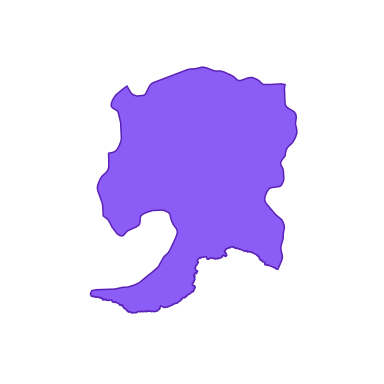 Azua de Compostela, Azua, Dominican Republic, rotated 24°
{"feature_id": "3306468B66909438647260", "entity_name": "Azua de Compostela", "entity_type": "district", "adm_level": 2, "iso_a3": "DOM", "parent_name": "Dominican Republic", "parent_adm1": "Azua", "projection": "orthographic", "projection_center": [-70.724, 18.457], "detail": "fine", "context": "isolated", "style": "filled", "palette": "violet", "viewbox_px": 384, "rotation_deg": 24, "n_neighbors": 0, "source": "geoboundaries", "source_scale": "gbopen_adm2", "svg_char_len": 6120}
<svg xmlns="http://www.w3.org/2000/svg" viewBox="0 0 384 384"><g transform="rotate(24 192 192)"><path d="M301.9,227.7L301.8,218.5L301.3,215.3L300.2,213.0L297.1,209.1L295.9,206.9L295.2,204.6L294.2,197.3L292.4,193.2L290.9,187.0L289.6,184.8L287.2,182.3L285.2,180.8L277.5,178.6L264.4,172.3L262.6,170.9L261.3,169.0L260.6,166.5L260.4,163.8L260.5,160.3L261.0,157.9L262.3,156.0L269.9,151.3L270.9,149.4L271.1,147.0L271.0,144.6L270.4,142.2L267.2,136.1L265.5,133.7L261.8,130.7L261.0,128.7L261.1,125.7L262.4,121.4L261.2,116.8L261.0,113.7L261.5,111.3L263.3,107.3L264.0,104.8L264.3,100.3L263.9,95.9L262.5,92.7L258.6,87.3L256.9,81.3L255.2,78.7L252.6,77.1L246.3,76.4L244.0,75.8L242.7,75.1L241.1,73.5L234.3,59.8L233.3,56.0L229.4,57.0L219.3,62.2L213.7,64.6L212.2,64.7L208.1,63.1L205.5,62.7L201.9,62.7L199.3,63.3L196.7,65.0L191.3,70.2L189.3,71.2L188.0,71.3L184.2,70.0L181.8,69.5L172.5,69.3L168.4,70.0L165.1,71.6L162.8,72.3L154.5,72.7L150.6,73.7L144.5,78.3L140.3,80.4L137.6,82.5L112.4,107.6L110.9,109.6L110.3,111.2L110.0,113.6L109.7,120.9L109.3,122.3L108.4,123.4L102.8,126.7L98.8,127.1L95.7,126.2L89.5,121.7L86.7,126.6L83.0,134.2L82.2,138.5L82.1,141.2L82.3,143.7L83.0,145.9L84.1,147.0L85.4,147.5L90.4,148.2L91.6,148.8L92.6,149.8L98.5,157.5L105.8,172.0L106.4,174.6L106.6,178.2L106.5,181.8L106.0,184.4L105.3,186.0L103.7,187.9L100.0,190.5L105.5,202.2L106.2,205.3L105.9,208.5L103.7,213.2L103.1,215.6L102.8,218.1L103.0,223.9L104.0,227.1L105.5,229.2L115.1,239.3L119.5,247.6L120.5,249.9L125.1,251.0L127.4,251.9L133.4,256.7L140.8,260.7L143.9,261.1L146.0,260.6L147.3,259.0L148.2,255.5L149.2,253.4L155.3,246.6L156.9,243.9L157.1,242.4L156.9,240.9L155.3,237.1L155.0,235.6L155.2,234.1L156.3,231.9L159.7,228.3L163.5,225.0L171.1,221.1L173.4,220.3L178.2,220.2L180.9,221.3L183.5,224.8L185.7,227.3L188.3,229.4L193.0,232.1L194.5,233.8L195.2,235.2L195.7,240.3L195.4,254.5L194.8,257.8L193.2,261.2L192.5,263.4L191.6,274.2L188.1,281.8L185.9,285.8L180.8,296.2L177.0,300.6L172.0,305.0L167.7,307.1L160.9,312.1L144.3,320.2L140.6,322.9L140.6,326.4L142.3,328.0L143.0,328.0L143.0,327.7L144.6,327.7L144.6,327.4L146.2,327.4L146.2,327.0L147.5,327.0L147.5,326.7L148.1,326.7L148.5,326.0L150.7,326.3L150.7,326.0L151.3,326.0L151.3,325.7L152.9,325.7L152.9,326.0L153.6,326.0L153.6,326.3L154.2,326.3L154.2,326.7L154.9,326.7L155.2,326.0L155.8,326.0L155.8,325.7L156.5,325.7L156.5,325.3L157.8,325.3L157.8,325.7L158.1,325.7L158.1,325.3L160.3,325.0L161.3,323.6L162.9,323.6L162.9,324.0L164.2,324.3L164.2,324.7L164.8,324.7L164.8,324.3L166.1,324.3L166.1,324.0L167.1,324.0L167.1,323.6L171.5,324.0L171.5,324.3L172.2,324.3L172.2,324.7L172.5,324.7L173.2,323.6L173.8,323.6L173.8,324.0L174.4,324.0L174.4,324.3L175.1,324.3L175.1,324.7L176.0,324.7L176.4,325.3L177.0,325.3L177.0,325.7L178.0,325.7L178.0,326.0L179.9,326.0L180.2,326.7L181.2,326.7L181.2,327.0L182.4,327.0L182.4,327.4L183.4,327.4L183.7,326.7L186.3,327.0L186.6,326.3L187.6,326.3L187.9,325.7L189.8,325.3L189.8,325.0L190.8,324.3L190.8,323.6L191.1,323.6L191.4,323.0L193.4,322.6L194.0,321.6L195.0,321.6L195.0,321.3L195.9,321.3L195.9,320.9L197.8,320.3L197.8,319.9L198.8,319.9L198.8,319.6L199.4,319.6L200.1,318.6L200.7,318.6L200.7,318.2L201.4,318.2L201.4,317.9L203.3,317.9L203.3,317.6L204.6,317.2L204.6,316.9L206.5,316.6L206.8,315.9L207.5,315.9L208.1,314.9L208.7,314.9L209.1,313.2L209.7,312.8L209.7,312.2L210.0,312.2L210.0,311.5L209.7,311.5L209.7,309.1L210.0,309.1L210.0,308.8L213.9,308.8L214.2,308.1L214.8,308.1L215.2,307.4L216.4,307.1L216.4,306.8L216.8,306.8L218.0,305.1L218.4,305.1L219.0,304.1L220.0,303.4L220.0,302.7L220.6,302.4L220.9,301.4L221.6,301.4L222.5,300.0L223.2,300.0L223.5,299.3L224.1,299.0L224.4,297.3L225.7,296.3L225.7,294.9L226.0,294.9L226.0,293.9L226.4,293.9L226.7,292.2L227.7,291.9L227.7,291.6L228.3,291.6L228.3,290.9L228.6,290.9L228.9,289.9L229.3,289.9L229.3,288.8L229.6,288.8L229.6,288.2L229.9,288.2L229.9,287.5L231.2,286.5L231.5,285.1L232.1,284.8L232.1,283.8L232.5,283.8L233.1,282.8L233.4,282.8L233.4,282.1L233.7,282.1L233.7,279.4L233.4,279.4L233.4,278.4L233.7,278.4L233.7,278.0L233.1,277.7L233.1,277.0L232.1,277.0L232.1,276.7L230.5,277.0L230.2,276.4L229.9,276.4L229.9,274.0L230.2,274.0L229.9,272.6L230.2,272.6L230.2,270.6L229.6,270.3L229.3,268.6L228.6,268.6L228.6,267.6L228.0,267.9L227.7,266.9L227.3,266.9L227.7,265.2L228.0,265.2L228.0,264.9L228.6,264.9L228.6,264.5L229.3,264.5L229.3,262.2L228.6,262.2L228.6,261.8L227.0,261.8L226.4,260.8L226.0,260.8L226.0,260.1L225.7,260.1L225.4,257.8L225.7,257.8L225.7,257.1L226.0,257.1L226.4,254.1L226.0,254.1L226.0,253.4L225.4,253.4L225.4,253.0L224.8,252.7L225.1,250.0L225.7,249.7L226.0,249.0L226.7,249.0L226.7,248.3L227.0,248.3L227.3,247.6L228.6,247.3L228.9,246.6L229.6,246.6L229.9,246.0L230.9,245.6L230.9,245.3L231.5,245.3L232.8,247.0L233.7,247.0L233.7,246.6L234.4,246.6L234.4,246.3L235.0,246.0L235.0,245.3L235.7,244.9L235.7,244.6L237.3,244.6L237.6,243.9L239.8,243.9L239.8,243.6L240.5,243.6L240.5,243.2L241.8,242.9L241.8,242.6L242.4,242.6L242.4,242.2L243.0,242.2L243.7,241.2L244.3,241.2L244.3,240.9L245.6,239.9L245.6,239.2L245.9,239.2L245.9,237.5L246.2,237.5L246.2,237.2L246.9,237.2L246.9,236.8L247.5,236.8L247.5,237.2L249.1,237.2L249.4,236.2L249.1,236.2L249.1,235.5L248.8,235.5L248.8,234.8L247.8,234.5L247.8,234.1L247.2,234.1L247.2,233.8L246.6,233.8L246.6,233.4L245.9,233.1L245.9,232.1L246.2,232.1L246.2,230.4L246.6,230.4L246.6,229.7L247.5,229.1L247.8,228.4L248.2,228.4L248.5,227.7L249.1,227.7L249.4,227.0L249.8,227.0L250.4,225.7L252.0,225.7L252.0,225.3L253.0,225.3L253.0,225.7L254.9,225.7L254.9,225.3L255.9,225.3L255.9,225.0L258.7,225.0L258.7,224.7L264.2,224.7L264.2,224.3L266.1,224.0L266.1,223.6L266.7,224.0L266.7,223.6L268.3,223.6L268.3,223.3L269.3,223.3L269.3,223.0L271.6,222.6L271.6,223.0L276.7,223.0L276.7,223.3L277.6,223.3L277.6,223.6L278.9,223.6L278.9,224.0L279.6,224.0L279.9,224.7L280.5,225.0L280.8,225.7L282.1,226.0L282.1,226.3L283.4,226.3L283.4,226.0L284.1,226.0L284.4,226.7L285.0,226.7L285.0,227.0L287.3,226.7L287.6,228.0L288.2,228.4L288.2,228.7L290.5,228.4L290.5,228.0L291.7,228.0L291.7,227.7L297.8,227.7L297.8,227.4L298.5,227.4L298.5,227.7L299.8,227.7L299.8,228.0L300.4,228.0L300.4,227.7L301.9,227.7Z" fill="#8b5cf6" stroke="#5b21b6" stroke-width="1.5"/></g></svg>